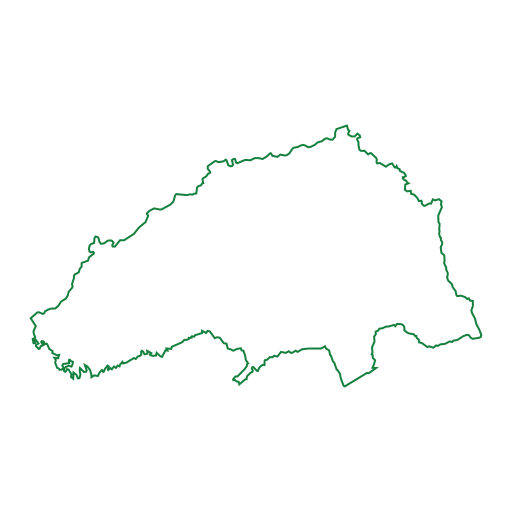 Puyango, Loja, Ecuador (Robinson projection)
{"feature_id": "8360857B44801921966022", "entity_name": "Puyango", "entity_type": "district", "adm_level": 2, "iso_a3": "ECU", "parent_name": "Ecuador", "parent_adm1": "Loja", "projection": "robinson", "projection_center": [-80.087, -3.964], "detail": "fine", "context": "isolated", "style": "outline", "palette": "green", "viewbox_px": 512, "rotation_deg": 0, "n_neighbors": 0, "source": "geoboundaries", "source_scale": "gbopen_adm2", "svg_char_len": 6010}
<svg xmlns="http://www.w3.org/2000/svg" viewBox="0 0 512 512"><path d="M376.1,368.0L372.5,367.8L374.0,364.4L375.1,360.2L372.8,357.9L372.7,355.1L371.6,354.2L372.5,352.5L372.0,347.4L374.5,341.6L374.1,336.7L375.8,334.2L375.6,331.7L378.1,330.7L379.3,328.7L382.6,328.2L386.0,326.6L388.7,326.5L394.0,324.9L395.3,326.2L397.0,323.9L401.9,324.3L403.8,326.0L404.5,328.2L404.3,330.3L406.5,332.1L408.8,333.4L413.8,334.3L415.0,335.9L416.3,336.0L416.7,338.0L418.7,339.5L419.1,342.4L421.6,342.9L427.5,347.1L429.1,346.3L433.3,347.7L436.2,345.4L437.8,345.9L440.5,344.3L444.9,343.9L449.8,341.4L452.2,342.0L453.2,340.7L457.5,339.9L463.4,336.1L467.1,334.8L468.9,335.2L470.7,337.7L472.7,338.8L479.0,337.8L480.6,337.1L481.3,335.0L479.3,329.7L476.3,324.0L475.0,318.6L471.9,312.7L471.4,310.1L472.9,306.0L472.8,300.9L470.0,300.6L468.7,298.3L467.1,299.0L465.1,297.1L461.1,295.7L457.2,296.1L456.5,295.2L455.5,290.9L452.7,287.2L452.0,284.3L448.3,280.7L447.5,278.8L447.1,277.0L447.7,275.2L447.7,272.7L446.2,269.8L446.2,267.1L445.1,265.6L444.1,262.8L444.6,260.7L444.2,255.2L441.4,252.8L440.7,247.2L442.0,244.6L442.3,242.4L440.8,239.9L440.9,237.7L440.0,237.0L439.1,233.8L439.6,231.1L439.2,229.9L439.6,223.8L438.5,222.1L438.2,215.7L441.9,207.0L440.9,204.1L441.6,201.4L438.9,199.2L435.0,200.4L432.8,199.4L431.2,203.5L429.2,203.5L425.0,205.8L423.4,205.5L421.8,203.6L421.8,201.4L421.3,200.7L418.9,201.1L417.3,198.0L414.0,194.5L411.2,193.9L410.7,190.8L407.2,191.4L404.9,189.8L405.3,184.5L408.5,183.3L407.1,182.4L406.2,180.7L404.4,180.0L402.8,178.3L402.8,177.2L404.2,177.1L405.9,176.0L404.3,173.0L399.9,170.9L399.5,169.0L397.5,168.4L396.6,166.0L395.6,167.5L394.6,167.4L392.1,163.4L389.1,164.4L386.0,166.7L379.9,163.0L377.2,163.4L376.5,161.9L376.8,159.7L376.4,158.2L371.1,153.2L370.1,153.1L368.1,154.4L364.5,150.8L361.1,150.9L360.1,150.3L359.4,149.5L358.4,144.7L358.5,142.2L357.0,139.3L357.5,138.3L360.2,137.2L359.7,135.3L357.4,133.7L354.6,136.5L351.5,136.4L348.5,134.8L348.1,133.6L349.4,130.8L348.2,130.0L346.9,125.6L336.5,129.1L335.2,132.3L335.1,136.7L332.5,139.7L330.5,139.7L327.0,138.3L324.9,138.8L321.9,141.2L317.4,142.5L314.9,144.8L310.1,147.1L307.8,147.1L305.8,145.7L303.0,144.9L300.4,145.6L297.9,147.0L294.2,147.6L292.7,148.4L289.2,153.6L286.7,155.2L284.6,155.5L280.3,154.6L277.4,156.9L272.4,155.8L271.0,153.4L270.3,153.2L266.8,156.4L262.6,159.0L258.7,158.1L254.7,158.1L250.4,160.3L245.1,159.9L237.4,163.2L235.9,162.5L235.2,159.2L233.9,158.8L231.9,160.1L233.0,164.7L232.4,165.8L231.0,166.3L228.3,165.3L226.6,160.4L225.8,159.6L223.6,161.3L218.6,162.2L215.8,161.0L214.5,161.4L207.8,166.2L207.7,168.7L210.1,171.8L210.2,172.8L208.0,173.9L206.1,176.5L202.8,178.5L202.5,179.7L203.2,183.2L202.2,183.4L200.9,185.4L198.5,186.1L197.1,187.3L196.3,193.5L193.8,193.8L192.4,194.7L189.9,194.3L186.9,195.1L176.3,194.1L175.2,195.3L173.3,201.8L170.2,204.7L161.8,209.3L160.1,209.6L154.1,208.4L149.4,210.9L147.0,213.3L147.0,214.3L148.1,215.4L148.0,216.3L145.5,222.1L138.9,227.6L133.9,233.9L124.0,240.3L120.1,240.2L114.9,246.6L112.6,246.5L112.3,245.0L113.6,242.6L112.0,240.8L110.8,240.4L107.9,240.6L104.0,243.4L100.9,243.8L99.3,241.6L98.8,238.8L97.8,237.1L95.6,236.5L94.5,238.0L94.1,242.9L91.2,244.0L89.8,245.3L88.9,248.5L89.5,251.6L90.8,252.3L93.3,251.9L93.9,252.9L93.6,253.8L89.0,257.4L88.0,260.7L81.7,262.9L81.6,266.7L79.9,268.6L78.6,272.5L75.0,274.3L74.1,275.4L73.9,278.3L72.0,284.1L72.6,286.4L72.3,287.5L68.7,291.7L67.7,295.6L65.7,298.8L61.2,301.4L58.3,305.9L55.2,308.5L50.9,308.6L47.7,309.8L45.1,311.3L44.2,313.1L42.9,314.0L39.0,312.3L37.5,312.3L30.7,318.2L35.8,326.1L33.5,331.3L33.8,333.9L35.2,337.1L34.8,338.0L32.7,339.0L33.5,343.2L35.0,343.2L34.9,339.7L35.6,339.6L38.5,343.5L36.1,344.9L35.9,346.1L38.8,349.0L39.6,348.7L40.7,346.2L43.1,345.3L41.2,342.0L41.8,341.1L42.9,341.2L44.0,342.0L44.3,344.3L46.5,343.6L47.2,344.2L49.4,349.1L52.5,351.0L52.3,353.0L57.0,355.3L59.1,354.9L58.1,358.2L54.4,357.8L55.8,359.8L55.2,362.9L57.1,367.7L58.8,368.6L59.5,369.8L61.5,369.6L63.6,368.2L62.3,365.4L63.3,363.9L69.2,363.2L68.8,361.2L69.2,359.7L70.0,359.9L70.8,361.1L72.9,361.8L72.5,364.5L71.5,366.6L68.9,365.8L65.9,366.9L64.3,368.5L63.8,370.6L65.1,371.8L66.1,371.1L67.0,369.2L68.5,369.5L71.4,374.2L71.0,376.9L73.2,378.7L73.5,372.5L76.6,375.0L77.8,378.3L79.4,378.2L80.4,374.6L79.7,370.5L80.0,368.1L84.0,372.0L86.2,371.6L86.7,370.4L84.9,365.0L87.4,366.5L90.0,370.0L91.3,374.2L91.5,377.2L94.1,375.4L97.9,376.0L99.6,372.5L101.6,370.2L102.3,370.2L103.2,371.9L104.0,371.4L104.9,368.9L107.6,365.6L108.8,366.5L107.8,369.5L108.2,370.0L110.5,368.1L111.8,369.3L114.1,366.5L115.9,367.9L117.7,365.6L119.5,366.4L120.1,364.5L122.5,361.9L123.1,363.4L126.4,362.6L134.0,358.0L135.7,359.0L138.0,356.3L140.1,355.9L141.3,354.5L141.1,351.7L141.8,350.8L143.1,351.5L144.5,354.3L147.5,353.6L147.2,350.9L151.3,353.1L150.0,354.5L150.3,355.2L152.5,355.8L156.0,355.6L156.6,352.8L160.5,356.4L162.1,356.8L165.5,350.3L167.5,350.6L166.5,348.5L171.2,348.9L171.8,346.8L182.2,342.2L184.3,339.8L186.1,340.0L188.7,339.1L188.8,337.9L190.0,338.0L190.9,337.2L191.6,337.6L192.0,336.3L194.3,336.6L194.8,335.3L201.9,333.1L202.1,330.8L206.1,333.0L207.5,330.9L209.8,331.4L214.8,338.2L216.9,337.3L219.6,337.6L223.9,343.3L226.5,343.6L227.8,348.6L231.2,349.5L233.2,350.7L236.9,349.0L240.7,348.2L241.6,350.4L243.4,350.7L245.1,355.5L245.8,359.9L248.1,363.4L247.2,364.1L246.7,366.3L244.5,369.3L237.5,376.4L235.6,376.4L233.1,379.3L233.4,380.2L235.0,380.1L236.7,381.5L238.6,381.8L239.3,384.4L245.2,379.4L246.6,379.2L246.9,376.4L250.4,372.9L252.5,371.7L252.8,370.6L251.8,368.4L252.3,367.2L253.4,367.1L256.8,370.7L257.9,371.0L259.2,367.8L260.4,366.5L262.7,364.9L264.5,365.0L264.6,360.8L265.1,360.1L267.0,359.8L269.9,357.1L272.4,357.3L274.1,355.8L277.5,356.5L281.0,351.9L285.8,352.9L288.8,351.2L290.7,352.8L292.3,352.8L295.6,350.7L297.7,351.9L302.0,349.3L308.8,348.5L320.9,348.5L325.1,346.4L326.0,348.5L329.2,350.5L330.0,354.8L330.9,355.6L332.9,361.2L334.4,363.0L336.7,369.7L337.5,370.0L339.9,373.7L340.8,378.4L343.6,385.7L344.8,386.4L367.0,372.9L368.8,373.2L376.1,368.0Z" fill="none" stroke="#15803d" stroke-width="2"/></svg>